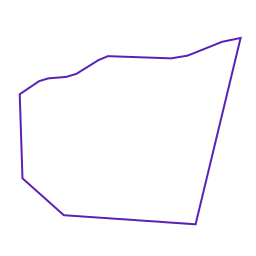 the state/province of Gaga'ifomauga, rotated 2°
{"feature_id": "WSM-4991", "entity_name": "Gaga'ifomauga", "entity_type": "state/province", "adm_level": 1, "iso_a3": "WSM", "parent_name": "Samoa", "parent_adm1": "", "projection": "equal_earth", "projection_center": [-172.532, -13.55], "detail": "fine", "context": "isolated", "style": "outline", "palette": "violet", "viewbox_px": 256, "rotation_deg": 2, "n_neighbors": 0, "source": "natural_earth", "source_scale": "10m", "svg_char_len": 323}
<svg xmlns="http://www.w3.org/2000/svg" viewBox="0 0 256 256"><g transform="rotate(2 128 128)"><path d="M18.6,98.0L37.5,84.3L46.6,81.2L64.4,79.1L74.5,75.7L96.2,61.1L105.5,56.9L168.7,56.9L185.0,53.6L218.9,38.6L237.4,34.1L198.9,221.9L66.9,217.4L24.3,182.0L18.6,98.0Z" fill="none" stroke="#5b21b6" stroke-width="2"/></g></svg>